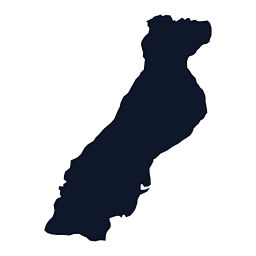 Kritou Marottou, Paphos, Cyprus (Albers equal-area conic projection)
{"feature_id": "46923920B67304422398861", "entity_name": "Kritou Marottou", "entity_type": "district", "adm_level": 2, "iso_a3": "CYP", "parent_name": "Cyprus", "parent_adm1": "Paphos", "projection": "albers", "projection_center": [32.584, 34.945], "detail": "fine", "context": "isolated", "style": "filled", "palette": "ink", "viewbox_px": 256, "rotation_deg": 0, "n_neighbors": 0, "source": "geoboundaries", "source_scale": "gbopen_adm2", "svg_char_len": 2836}
<svg xmlns="http://www.w3.org/2000/svg" viewBox="0 0 256 256"><path d="M147.6,21.4L148.1,21.7L148.5,23.2L148.2,25.3L150.1,27.8L150.0,29.8L149.2,32.8L149.2,33.5L146.1,36.0L143.9,38.8L142.1,42.0L141.8,44.7L142.9,49.4L143.9,52.1L143.6,56.3L145.8,59.3L145.3,62.6L145.0,66.1L144.6,69.8L141.3,73.0L140.1,75.9L136.4,79.5L134.5,83.0L131.7,87.8L128.6,93.5L124.0,97.2L121.3,103.0L120.4,107.1L118.3,111.3L116.5,115.5L114.9,119.4L110.3,124.4L107.5,126.6L103.5,130.2L99.5,134.9L96.4,137.8L94.0,141.6L88.2,145.0L85.1,148.2L81.8,154.3L77.7,158.1L71.4,161.0L71.4,163.6L70.6,168.3L67.9,170.4L65.8,172.1L64.8,175.5L64.5,178.9L67.1,180.8L67.1,182.8L64.1,184.5L64.1,187.3L62.2,187.2L59.7,187.0L59.4,188.6L61.1,190.5L60.6,194.1L62.2,197.6L58.3,198.7L56.7,200.1L54.4,204.9L54.9,208.3L55.3,210.7L54.2,214.8L52.9,217.6L49.7,220.7L47.3,224.0L46.3,226.1L45.1,230.0L46.0,230.8L47.4,232.1L51.5,233.6L57.3,234.2L63.5,234.2L69.4,234.7L73.9,233.2L79.5,233.1L83.3,235.4L86.7,236.7L89.9,239.7L90.1,239.9L95.0,240.6L100.4,239.4L104.8,239.9L105.1,235.1L106.3,231.5L108.4,228.9L109.8,227.0L110.0,224.1L108.8,220.7L108.8,217.6L113.7,216.0L117.0,215.0L119.7,215.1L121.3,216.5L122.0,214.6L124.5,213.4L126.3,216.3L129.8,215.0L131.6,213.2L133.2,211.1L134.5,209.1L135.6,206.0L136.6,202.9L136.8,199.6L138.0,197.0L138.9,195.5L139.2,195.1L139.9,193.9L143.7,192.4L146.8,190.8L147.9,189.3L144.4,190.6L141.3,190.7L140.0,190.1L139.8,187.6L140.1,183.9L142.2,182.8L144.7,186.1L147.9,185.7L150.0,184.3L149.8,178.8L149.2,175.6L148.6,169.6L149.2,167.3L150.7,164.9L151.7,162.9L152.7,160.9L152.4,159.3L155.6,157.3L160.3,152.9L167.0,149.7L171.8,146.3L178.5,142.6L182.5,139.5L186.3,137.2L190.0,134.5L192.1,131.1L192.9,128.2L196.2,124.7L198.0,123.3L199.8,120.0L202.7,118.4L204.2,116.2L205.0,114.1L206.5,112.7L206.2,109.3L205.6,105.7L204.8,101.5L204.8,97.6L204.2,94.7L202.3,90.4L199.2,87.6L198.5,85.9L196.2,83.3L194.9,78.5L191.2,74.7L188.8,70.7L186.5,68.0L186.4,65.7L186.2,61.5L187.2,58.3L188.5,55.9L192.8,54.4L195.2,52.3L196.4,49.8L198.5,48.0L201.4,44.8L203.5,43.6L206.7,43.0L208.9,41.2L208.8,40.5L209.7,37.7L210.7,35.6L210.9,29.6L210.7,27.7L209.2,23.1L208.1,22.1L207.3,21.3L204.9,21.6L202.7,21.9L200.1,22.0L198.1,22.0L196.8,21.6L196.2,21.2L195.6,20.7L194.2,20.7L193.4,20.6L192.8,21.5L192.7,21.5L191.5,21.7L190.4,21.2L189.6,20.3L189.2,19.0L188.5,18.7L187.3,18.9L186.3,19.9L185.4,20.5L184.7,20.5L183.9,20.1L183.0,19.2L182.1,18.6L181.3,19.0L180.5,19.7L179.5,20.4L178.5,20.7L177.7,21.4L176.6,22.3L176.1,22.1L174.6,22.0L173.7,22.1L174.3,21.2L172.4,21.3L172.0,20.7L171.5,18.8L171.0,18.2L170.5,17.3L169.8,16.0L168.4,16.0L166.5,15.8L165.6,15.8L164.8,16.1L163.4,16.6L162.1,17.2L160.7,15.4L159.7,15.6L158.2,16.5L157.0,16.4L156.2,16.8L154.0,17.5L153.6,18.7L153.5,18.8L152.8,19.0L151.8,19.3L150.5,19.9L150.1,20.5L148.5,21.0L148.0,21.2L147.6,21.4Z" fill="#0f172a" stroke="#020617" stroke-width="1.5"/></svg>